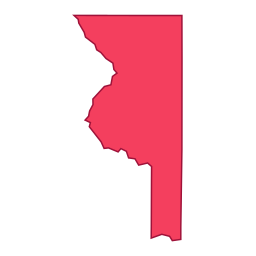 outline of Sumter, Florida, United States of America
{"feature_id": "52423323B60260447284731", "entity_name": "Sumter", "entity_type": "district", "adm_level": 2, "iso_a3": "USA", "parent_name": "United States of America", "parent_adm1": "Florida", "projection": "mercator", "projection_center": [-82.144, 28.633], "detail": "fine", "context": "isolated", "style": "filled", "palette": "rose", "viewbox_px": 256, "rotation_deg": 0, "n_neighbors": 0, "source": "geoboundaries", "source_scale": "gbopen_adm2", "svg_char_len": 662}
<svg xmlns="http://www.w3.org/2000/svg" viewBox="0 0 256 256"><path d="M181.9,15.5L139.3,15.5L74.0,15.4L78.2,19.3L78.8,23.1L84.2,32.3L85.5,37.1L94.9,44.3L96.7,49.8L100.9,52.5L106.0,58.5L112.9,63.1L113.9,69.5L117.0,73.1L112.5,76.4L110.9,84.8L104.4,86.5L92.9,99.0L93.0,104.6L89.6,111.0L88.6,116.2L85.1,120.1L90.4,122.6L89.3,126.7L101.1,141.8L104.1,148.4L108.5,147.9L118.1,151.9L120.9,148.6L126.4,151.3L128.6,157.9L135.0,158.8L138.7,165.1L147.6,163.0L151.6,166.5L151.5,181.3L151.3,226.8L151.2,238.1L161.8,234.3L169.6,236.3L172.3,240.6L180.8,239.4L180.8,227.0L181.8,156.1L181.9,149.4L182.0,58.1L181.9,15.5Z" fill="#f43f5e" stroke="#9f1239" stroke-width="1.5"/></svg>